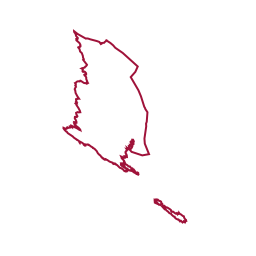 Agdenes nor, Sør-Trøndelag, Norway, rotated 228°
{"feature_id": "86288312B44051007085093", "entity_name": "Agdenes nor", "entity_type": "district", "adm_level": 2, "iso_a3": "NOR", "parent_name": "Norway", "parent_adm1": "Sør-Trøndelag", "projection": "equal_earth", "projection_center": [9.612, 63.516], "detail": "fine", "context": "isolated", "style": "outline", "palette": "rose", "viewbox_px": 256, "rotation_deg": 228, "n_neighbors": 0, "source": "geoboundaries", "source_scale": "gbopen_adm2", "svg_char_len": 5817}
<svg xmlns="http://www.w3.org/2000/svg" viewBox="0 0 256 256"><g transform="rotate(228 128 128)"><path d="M236.0,152.7L235.5,152.3L234.2,152.1L232.6,152.1L232.4,152.0L232.5,151.7L231.1,151.0L228.4,150.9L227.9,150.0L228.3,149.9L228.8,149.2L227.7,148.3L223.8,148.8L221.9,148.4L221.4,147.7L220.8,147.7L220.4,147.2L220.4,146.6L221.3,145.1L221.2,144.9L219.1,144.8L216.9,143.6L214.6,143.8L211.8,142.7L210.4,141.7L208.7,141.2L208.7,140.3L202.4,139.8L202.2,139.3L202.0,138.0L202.2,137.2L201.9,136.2L203.2,133.8L203.3,133.4L202.9,133.6L201.6,133.5L201.2,132.4L201.5,132.3L200.5,132.3L200.1,132.1L199.7,132.2L199.4,132.7L199.7,132.9L199.4,133.2L198.3,133.6L196.7,133.5L195.8,132.7L196.0,132.2L196.5,132.0L196.2,131.6L196.3,131.1L196.8,131.2L196.9,131.4L196.9,131.2L196.1,130.9L194.9,131.1L193.5,130.8L192.3,129.7L190.0,128.9L189.8,128.6L190.4,128.0L189.1,128.4L188.6,127.8L188.5,128.3L188.2,128.3L188.3,127.6L189.4,127.1L189.3,126.8L189.9,126.2L191.0,125.4L194.9,124.4L195.1,124.1L194.8,123.6L194.9,123.3L196.0,122.3L196.5,121.5L196.7,120.3L196.4,119.6L196.8,118.7L195.2,118.3L194.7,117.8L194.8,117.3L193.4,116.9L193.4,116.4L193.6,116.3L193.3,116.3L192.7,114.6L192.1,114.1L191.5,114.1L189.1,112.5L185.5,111.6L182.6,111.2L183.6,110.2L183.4,109.9L184.2,108.7L183.8,108.3L182.2,107.4L182.5,107.4L182.5,107.2L181.9,107.2L182.1,106.9L181.7,106.6L181.5,105.4L180.1,105.5L179.6,105.1L175.8,104.5L172.8,103.7L172.4,103.5L172.4,103.0L171.8,102.9L172.6,101.8L173.6,101.1L174.0,99.6L173.0,98.9L170.6,98.3L170.4,97.2L171.7,96.3L171.8,96.0L171.4,95.5L170.6,94.8L169.1,94.6L167.2,93.9L166.6,93.4L168.1,92.2L166.7,91.9L167.5,91.1L165.9,90.5L160.9,91.5L160.0,91.1L159.0,91.5L158.6,91.3L160.1,91.0L159.1,91.1L158.7,90.9L159.3,90.6L161.9,89.9L167.5,87.5L167.0,87.2L167.6,87.2L167.6,86.9L167.5,87.2L167.1,87.1L167.6,86.9L168.0,86.2L166.8,86.1L166.7,85.7L167.5,84.9L167.7,84.1L169.2,83.4L169.2,83.1L168.6,82.6L168.9,82.1L168.6,81.7L168.9,81.2L171.3,80.2L170.9,79.8L168.9,79.6L166.8,79.7L166.3,80.0L164.5,79.8L158.6,81.3L157.2,81.3L153.8,82.1L152.8,82.0L153.3,82.3L151.8,82.7L150.0,82.8L149.8,82.3L149.0,82.2L149.1,82.4L148.6,82.4L149.8,82.8L150.0,83.2L147.2,84.2L146.0,84.2L145.1,83.9L143.6,84.2L143.5,84.4L144.0,84.6L145.5,84.5L143.3,86.1L143.0,86.8L141.9,87.2L141.9,87.6L138.7,88.2L137.4,88.7L136.1,88.8L137.0,88.6L136.6,88.5L135.1,89.2L131.8,89.3L129.4,88.7L126.9,88.8L126.2,89.1L124.6,88.8L124.3,89.0L122.6,88.8L122.3,89.0L122.5,89.2L121.8,89.4L121.6,89.1L122.1,89.0L121.5,89.1L121.5,89.3L119.9,89.6L120.0,90.4L119.7,90.7L120.3,90.3L120.5,90.3L119.7,90.7L120.1,90.8L119.0,90.6L118.1,91.2L115.4,91.8L112.6,93.3L111.8,93.0L111.0,93.1L110.9,93.4L111.4,93.5L110.6,94.1L110.9,94.1L110.4,94.5L109.8,94.2L109.3,94.5L110.3,94.5L110.1,94.7L109.0,94.8L109.0,94.6L108.7,94.6L107.8,95.1L104.0,95.3L102.5,96.1L100.5,96.6L98.5,96.5L97.4,97.1L97.7,97.5L97.2,98.1L95.7,98.4L97.1,98.7L97.0,99.1L99.5,99.3L103.7,98.1L105.3,98.0L105.5,98.2L105.2,98.4L105.5,98.6L105.1,99.2L106.2,99.4L105.7,100.0L104.6,100.7L103.2,100.0L101.7,99.9L101.5,99.5L100.9,99.3L99.6,99.4L99.2,99.8L97.3,99.7L99.2,100.0L95.6,100.6L94.7,101.2L95.1,101.5L94.8,102.0L90.3,102.9L89.8,103.4L88.1,103.5L87.8,104.0L85.7,104.5L87.6,104.8L87.7,105.2L86.9,105.3L87.8,105.5L88.6,105.3L88.7,104.7L89.1,104.6L89.1,104.1L89.4,103.9L91.3,103.9L90.9,103.7L91.3,103.6L91.6,103.7L91.6,104.3L93.4,104.5L94.0,104.1L94.7,104.2L94.7,103.8L95.3,103.9L95.6,103.7L95.2,103.9L94.9,103.8L95.2,103.5L98.1,103.6L98.1,103.3L99.3,102.7L100.9,102.6L102.7,102.0L104.4,101.8L105.2,101.9L105.6,102.3L104.7,102.6L106.4,103.2L109.2,103.1L109.0,104.0L110.7,103.6L111.3,103.8L108.9,104.9L107.9,105.7L107.8,106.2L108.9,106.4L108.3,106.8L108.7,107.1L107.3,107.9L108.4,108.7L109.4,108.9L109.5,109.2L110.7,109.3L111.8,110.0L111.7,110.6L112.2,111.3L112.0,112.1L112.6,112.7L113.2,112.8L112.3,113.3L112.3,113.6L113.6,114.1L113.0,114.2L113.3,114.4L112.9,114.6L113.0,114.8L112.6,115.2L112.8,115.4L112.6,115.6L113.4,116.2L113.2,116.5L113.9,116.7L113.1,117.7L114.2,118.2L113.7,118.6L113.7,119.8L115.2,120.3L114.6,121.0L116.0,121.0L116.0,121.3L115.6,121.5L115.6,122.4L116.5,123.3L115.9,123.9L114.2,123.4L114.0,122.8L113.0,121.9L113.0,121.4L112.4,121.2L112.6,119.9L111.6,119.2L110.8,117.6L110.9,117.1L110.5,115.8L110.9,115.4L110.8,114.8L107.9,114.7L98.1,120.3L94.5,126.1L105.1,130.0L109.1,133.1L117.0,142.6L119.2,144.4L120.1,146.1L126.7,153.0L130.6,153.6L131.4,154.0L132.9,154.3L142.8,158.8L149.1,161.0L164.0,164.1L164.8,171.0L167.2,176.4L187.3,174.3L196.2,172.2L199.3,172.3L203.0,171.8L207.0,170.7L207.5,170.8L207.7,170.6L207.3,169.4L207.5,168.3L207.3,167.3L208.7,165.4L208.3,165.0L208.5,164.0L211.1,164.3L213.5,163.0L219.3,159.2L220.8,158.4L222.1,157.4L222.6,156.5L231.5,153.5L236.0,152.7ZM46.2,100.9L44.8,100.9L45.2,101.2L43.3,101.1L43.0,101.3L43.3,101.4L43.2,101.7L41.2,101.4L39.0,101.8L37.0,101.8L35.5,102.7L34.8,102.4L32.5,102.6L31.4,102.8L30.9,103.3L29.8,102.9L28.6,103.0L26.3,103.9L26.2,104.3L24.4,104.2L24.6,104.5L24.0,104.6L24.0,105.0L23.7,105.3L20.4,105.3L21.1,105.5L21.3,106.1L21.0,106.6L21.2,106.9L20.6,107.0L20.9,107.2L20.1,107.7L20.7,108.3L20.0,109.1L20.9,109.6L21.9,109.4L23.7,109.7L25.0,110.4L25.9,109.9L28.9,109.4L28.7,109.4L29.5,109.0L30.5,109.1L30.4,109.0L31.1,108.6L30.7,108.1L30.7,108.4L30.3,108.3L30.3,108.0L32.0,107.3L31.8,106.9L32.3,106.6L32.2,106.3L33.6,105.8L35.5,105.6L36.2,105.1L36.2,104.7L36.8,104.5L37.4,104.4L38.2,105.0L39.3,104.9L42.6,104.0L42.7,103.8L43.7,103.2L45.0,103.0L44.9,102.8L45.5,102.4L46.3,102.7L46.6,102.4L46.4,102.0L48.2,102.0L46.2,101.8L45.7,101.3L46.2,100.9ZM55.1,98.5L54.6,98.0L54.2,98.1L51.1,99.5L51.4,99.7L50.4,99.7L50.4,100.0L49.2,100.5L49.4,101.1L49.3,101.7L48.3,102.0L48.7,102.7L50.2,102.7L51.1,103.3L52.0,103.1L52.9,102.4L54.9,102.2L55.6,101.6L54.6,101.3L54.8,100.8L56.9,99.8L56.0,99.0L54.7,99.5L54.2,99.3L54.2,99.0L55.1,98.5Z" fill="none" stroke="#9f1239" stroke-width="2"/></g></svg>